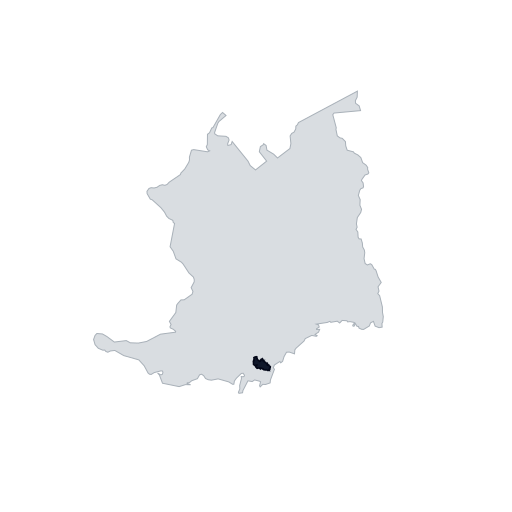 location of Carmen Del Darién (Curbaradó), Chocó, Colombia, rotated 232°
{"feature_id": "7082276B82467093202899", "entity_name": "Carmen Del Darién (Curbaradó)", "entity_type": "district", "adm_level": 2, "iso_a3": "COL", "parent_name": "Colombia", "parent_adm1": "Chocó", "projection": "albers", "projection_center": [-77.0, 7.04], "detail": "fine", "context": "in_parent", "style": "filled", "palette": "ink", "viewbox_px": 512, "rotation_deg": 232, "n_neighbors": 0, "source": "geoboundaries", "source_scale": "gbopen_adm2", "svg_char_len": 7019}
<svg xmlns="http://www.w3.org/2000/svg" viewBox="0 0 512 512"><g transform="rotate(232 256 256)"><path d="M289.1,87.0L284.4,88.9L275.4,91.4L269.2,101.7L265.0,103.5L259.8,109.7L256.0,117.2L253.2,132.6L245.5,145.7L246.1,146.3L249.2,145.7L252.1,144.2L253.2,144.6L254.3,146.9L257.8,147.5L260.8,158.0L266.2,163.3L266.8,165.4L267.6,169.8L265.7,172.4L265.2,182.1L266.9,184.5L271.0,185.4L273.7,191.4L275.4,192.8L277.9,193.7L283.8,192.7L294.5,193.6L297.0,193.4L303.0,191.2L310.6,193.7L316.2,194.0L331.8,211.9L333.3,211.4L335.3,212.4L339.1,210.5L342.4,210.1L346.8,210.9L352.6,210.8L364.2,208.8L365.9,207.7L372.2,208.6L374.1,209.9L375.1,213.3L374.4,215.4L372.3,217.6L371.1,220.3L370.9,223.6L369.8,226.1L367.8,227.7L367.1,230.0L367.6,233.0L366.7,246.7L367.6,247.8L368.4,253.4L371.2,260.7L372.6,262.7L374.9,264.4L379.1,270.3L378.2,272.4L367.9,282.0L367.4,284.2L369.4,283.3L372.7,284.1L373.8,286.3L381.8,292.7L381.7,295.2L384.1,300.0L383.7,301.2L389.4,315.0L389.7,318.0L385.2,318.9L384.8,309.5L384.1,307.6L378.8,299.4L377.7,298.7L374.3,299.8L368.8,306.0L366.1,307.0L364.0,306.2L361.8,302.6L360.4,301.9L359.1,305.0L360.9,307.7L335.7,308.1L330.8,307.1L324.1,308.6L324.2,322.8L336.1,322.8L339.5,326.8L339.2,330.1L339.8,331.2L336.9,332.0L332.7,329.8L325.4,332.6L320.0,333.3L319.8,348.9L323.1,352.7L329.6,356.8L330.6,359.6L330.2,362.3L331.7,365.6L333.8,367.4L333.9,369.4L335.0,371.6L323.5,437.4L318.9,433.5L317.2,429.9L315.0,428.5L310.8,429.7L306.2,427.9L320.6,405.5L320.1,403.5L307.7,398.2L306.5,396.9L300.6,394.0L297.4,394.9L295.6,396.4L291.1,396.9L287.5,394.5L283.2,393.0L278.1,396.9L276.5,396.8L272.9,398.5L269.0,399.2L263.9,397.5L259.8,398.7L256.9,398.5L255.8,397.4L252.1,396.1L251.7,394.6L252.7,391.8L251.1,386.4L250.5,385.5L247.7,385.4L244.5,383.5L243.8,382.3L244.5,380.1L243.9,378.2L240.7,373.9L236.3,372.8L232.0,369.1L227.8,367.9L225.8,365.3L223.9,359.5L219.5,354.9L216.4,353.4L215.4,351.2L212.2,351.0L207.9,348.0L206.0,347.8L204.7,349.3L200.8,347.8L197.4,345.6L193.9,345.0L191.6,343.7L187.4,339.5L182.9,337.4L180.4,338.2L179.5,341.3L178.0,341.9L172.8,341.1L172.0,341.8L170.6,341.6L164.3,339.3L158.1,338.4L156.6,333.2L152.6,331.3L151.4,328.8L148.6,329.0L138.0,324.2L133.6,320.9L129.9,319.0L125.9,315.2L125.3,313.7L122.3,311.6L123.8,308.8L127.4,306.7L132.2,308.3L132.8,305.1L131.1,302.2L131.9,295.6L133.2,294.1L135.8,292.8L137.4,293.4L138.4,292.3L142.3,292.8L143.4,292.3L146.4,289.7L147.7,287.6L149.0,287.8L152.2,284.2L151.7,280.7L154.6,279.9L157.7,274.1L159.0,274.0L159.8,271.2L165.2,261.6L163.2,262.8L161.1,262.1L161.4,258.9L160.8,258.5L159.0,261.0L157.5,258.4L157.9,254.3L155.5,255.1L155.6,254.1L159.1,251.0L160.6,244.0L159.4,241.4L158.7,230.8L158.1,228.8L155.2,226.1L159.8,223.1L161.4,220.8L159.4,216.1L156.6,212.1L156.6,209.7L158.2,209.9L158.8,203.4L157.3,200.8L155.4,200.8L149.4,191.0L147.3,189.0L148.9,184.4L150.7,182.3L150.3,178.7L151.5,178.9L154.1,182.2L155.2,181.7L159.2,178.6L159.4,175.7L162.6,172.8L158.0,162.8L156.5,161.2L158.3,158.0L159.4,158.2L161.2,161.4L164.0,163.4L168.3,169.0L170.1,170.2L168.8,171.4L168.5,172.8L169.1,173.5L171.5,173.7L172.5,172.1L171.8,165.4L170.8,162.0L168.6,159.6L169.3,158.6L173.6,157.0L182.5,150.5L185.6,144.4L187.9,142.2L190.5,140.8L193.8,141.1L196.3,140.4L197.1,138.4L195.4,134.3L197.3,128.5L197.2,125.6L198.4,123.8L198.0,123.2L194.8,125.2L198.1,121.2L200.4,115.0L213.3,104.0L221.7,106.6L224.4,106.4L220.9,107.8L220.4,109.4L221.6,111.0L222.9,111.5L224.0,110.4L226.8,104.0L227.2,100.5L228.4,99.3L230.2,98.9L238.4,100.3L246.3,99.7L258.9,90.5L268.5,86.6L270.8,82.8L271.4,80.0L273.2,78.9L275.0,78.9L276.1,77.3L280.4,74.9L285.2,74.6L290.2,76.6L292.5,80.3L292.9,82.9L289.1,87.0ZM142.4,291.6L141.8,292.1L140.7,291.2L140.3,290.1L141.0,289.3L141.9,289.6L142.4,291.6Z" fill="#d9dde1" stroke="#a8b0b8" stroke-width="1"/><path d="M160.0,199.2L160.3,199.1L160.6,199.1L160.9,198.9L161.1,198.7L161.3,198.8L161.7,198.9L161.9,198.9L162.1,198.9L162.2,199.0L162.3,199.0L162.5,199.0L162.6,198.6L162.6,198.3L162.6,198.2L162.6,197.9L162.8,197.7L163.0,197.7L163.0,197.8L163.3,197.8L163.5,197.9L163.8,198.0L164.0,198.3L164.0,198.5L164.3,198.8L164.4,199.0L164.5,199.0L164.5,198.9L164.6,198.7L164.8,198.6L164.8,198.4L164.8,198.2L165.0,198.1L165.4,198.0L165.7,197.9L166.1,198.1L166.4,197.8L166.6,197.7L166.8,197.7L167.0,197.8L167.2,197.6L167.3,197.5L167.6,197.5L167.7,197.4L167.8,197.5L168.0,197.4L168.5,197.2L168.9,197.0L169.0,197.1L168.7,197.4L168.7,197.5L168.8,197.5L169.0,197.7L169.0,197.8L169.1,197.7L169.4,197.4L169.5,197.3L169.8,197.5L169.9,197.4L170.0,197.4L170.1,197.5L170.3,197.8L170.5,197.8L170.4,197.7L170.5,197.6L170.8,197.7L170.8,197.4L170.7,197.3L170.5,197.2L170.8,197.2L171.1,197.1L171.3,197.1L171.5,196.7L171.3,196.4L171.3,196.2L171.2,195.7L171.3,195.5L171.2,195.4L171.2,195.2L171.0,194.9L170.9,194.9L170.7,195.1L170.7,194.8L170.8,194.6L170.7,194.6L170.5,194.3L170.4,194.3L170.5,194.1L170.7,193.9L173.2,193.5L173.7,193.6L173.8,193.6L173.9,193.4L174.0,193.4L174.0,193.6L174.3,193.6L174.4,193.8L174.6,193.9L174.9,193.7L175.1,193.8L175.2,193.7L175.3,193.8L175.5,194.1L175.6,193.9L175.8,193.9L175.8,194.1L175.9,194.3L176.1,194.5L176.3,194.4L176.6,194.2L176.7,193.8L176.7,193.7L176.8,193.5L176.9,193.4L177.0,193.2L176.9,193.0L177.0,192.9L177.1,192.7L176.9,192.6L177.1,192.3L177.0,192.2L177.1,191.9L177.2,191.7L176.9,191.5L176.7,191.5L176.4,191.4L176.2,191.2L175.9,191.1L175.9,190.9L175.7,190.7L175.6,190.4L175.4,190.3L175.2,189.9L175.0,190.0L175.0,189.9L174.9,189.9L174.8,189.7L174.7,189.6L174.6,189.4L174.6,189.1L174.4,189.1L174.2,189.0L174.2,188.9L174.1,188.7L172.0,187.2L171.9,187.2L171.8,187.3L171.7,187.3L171.4,187.5L171.2,187.6L170.9,187.6L170.6,187.6L170.4,187.6L170.3,187.8L170.3,188.1L170.3,188.3L170.2,188.5L170.0,188.8L170.0,188.7L170.0,188.8L170.0,189.0L169.9,189.1L169.8,189.3L169.7,189.4L169.6,189.2L169.5,189.3L169.5,189.5L169.4,189.5L169.3,189.4L169.3,189.1L169.2,188.4L169.2,187.8L169.0,187.6L168.9,187.6L168.7,187.5L168.4,187.5L168.1,187.6L167.9,187.6L167.7,187.6L167.3,187.8L167.2,187.7L167.0,187.9L166.9,187.8L166.7,187.8L166.6,188.0L166.8,188.2L166.9,188.3L166.9,188.6L165.2,189.6L164.4,189.9L164.6,190.1L164.8,190.3L165.0,190.4L165.1,190.5L164.9,190.7L164.8,190.9L164.7,190.9L164.6,191.0L164.4,191.1L164.2,191.2L164.1,191.3L163.9,191.2L163.7,191.2L163.6,191.4L163.5,191.5L163.4,191.5L163.2,191.7L163.2,191.9L163.0,192.1L162.9,192.2L162.7,192.0L162.7,191.9L162.7,191.7L162.5,191.8L162.3,191.9L162.2,191.9L161.8,192.0L161.6,192.1L161.4,192.2L161.4,192.3L161.2,192.3L161.1,192.5L161.0,192.8L160.9,192.9L160.8,193.0L160.7,193.0L160.4,193.1L160.3,193.3L160.3,193.5L160.2,193.6L160.3,193.5L160.3,193.8L160.0,193.9L160.0,194.0L159.9,194.0L159.7,194.1L159.6,194.3L159.4,194.4L159.3,194.5L159.2,194.6L158.9,194.7L158.9,194.8L158.8,195.0L158.7,194.9L158.6,195.0L158.4,195.0L158.4,195.3L158.2,195.6L157.9,195.7L157.8,195.8L158.0,195.8L158.0,196.0L158.0,196.5L158.1,196.9L158.3,196.8L158.7,197.0L158.8,197.0L158.9,197.3L159.0,197.3L159.2,197.5L159.0,197.8L159.0,198.0L159.0,198.3L159.3,198.5L159.6,198.8L159.8,199.1L160.0,199.2Z" fill="#0f172a" stroke="#020617" stroke-width="1.5"/></g></svg>